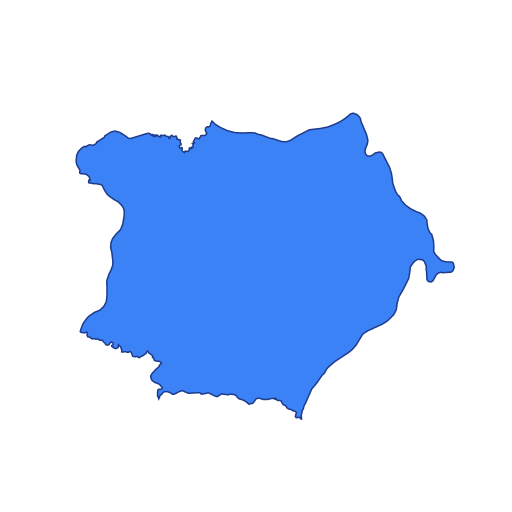 outline of Kossi, Kossi, Burkina Faso, rotated 102°
{"feature_id": "67063806B77397496256894", "entity_name": "Kossi", "entity_type": "district", "adm_level": 2, "iso_a3": "BFA", "parent_name": "Burkina Faso", "parent_adm1": "Kossi", "projection": "albers", "projection_center": [-3.794, 12.935], "detail": "fine", "context": "isolated", "style": "filled", "palette": "blue", "viewbox_px": 512, "rotation_deg": 102, "n_neighbors": 0, "source": "geoboundaries", "source_scale": "gbopen_adm2", "svg_char_len": 6134}
<svg xmlns="http://www.w3.org/2000/svg" viewBox="0 0 512 512"><g transform="rotate(102 256 256)"><path d="M415.9,321.4L414.4,320.9L413.7,321.2L413.1,321.1L410.3,319.1L409.1,318.7L408.1,318.0L407.5,316.4L407.1,314.4L407.5,311.5L408.6,309.2L408.4,307.8L407.7,306.6L404.9,303.3L403.6,301.2L403.0,299.7L403.9,296.1L404.3,293.4L401.4,282.9L402.0,281.3L402.5,280.8L401.9,278.9L399.7,274.2L401.4,267.4L401.7,265.2L400.9,263.7L399.6,262.7L398.1,261.0L397.5,254.0L396.6,253.2L396.1,249.0L396.6,246.4L398.3,244.6L399.3,242.5L399.4,239.8L400.0,237.1L401.4,233.7L401.9,233.2L402.4,232.0L402.1,231.3L401.3,230.2L401.1,229.0L400.3,228.2L395.7,226.2L394.4,223.8L394.8,218.7L393.8,214.6L392.1,211.1L391.7,209.8L392.2,206.8L391.2,207.4L391.3,206.9L392.4,205.7L392.8,204.3L392.4,203.2L392.4,201.6L395.3,199.1L395.8,198.2L396.3,195.8L398.0,194.3L399.0,192.3L398.7,190.6L399.6,188.0L399.8,185.6L400.0,185.0L400.5,184.2L401.1,183.9L404.6,184.2L405.6,183.5L405.7,182.3L404.7,180.3L404.7,180.0L406.2,177.9L406.0,177.5L402.6,178.6L397.2,178.6L395.8,177.9L392.6,177.9L390.2,177.1L374.4,173.8L368.1,170.4L358.6,166.4L357.3,165.2L354.8,164.2L351.6,163.3L349.2,161.8L342.7,156.8L331.1,145.3L327.4,142.4L322.4,139.6L310.1,135.3L305.9,131.1L296.0,117.8L291.8,113.7L284.8,109.1L279.4,107.6L272.5,108.1L266.4,107.8L258.0,105.0L246.2,102.0L239.9,102.2L234.6,102.8L229.8,100.7L227.6,99.3L225.5,96.9L225.1,92.1L226.7,89.9L230.7,87.3L234.1,86.7L234.1,86.4L243.7,83.8L245.1,82.1L245.0,79.3L243.5,77.8L236.9,75.8L234.8,74.2L233.4,71.7L233.6,70.2L231.2,61.7L229.4,60.3L226.1,59.7L221.9,61.5L221.2,63.1L222.3,69.3L221.8,74.0L217.2,80.9L214.7,83.1L209.9,84.0L204.4,85.5L198.6,88.4L197.0,90.7L193.5,93.4L188.1,95.6L185.4,96.3L182.0,99.6L180.0,103.9L179.2,108.8L177.7,114.5L175.2,120.3L171.6,125.3L170.2,126.1L167.7,128.2L167.0,129.9L163.9,132.8L156.4,137.4L151.7,138.9L147.0,140.7L141.5,143.8L129.4,153.6L128.6,155.3L128.7,157.2L130.6,161.0L133.0,162.9L134.4,164.8L135.1,167.8L133.4,170.0L131.5,171.1L128.0,171.2L123.3,170.4L119.6,170.6L114.1,173.2L103.0,181.0L99.8,182.5L98.1,184.3L96.6,186.8L96.1,190.7L97.3,192.9L104.0,198.4L107.4,202.0L110.8,206.4L114.9,212.6L118.1,220.1L121.4,230.0L130.0,240.6L136.2,246.9L138.2,250.7L138.7,255.0L137.7,263.8L138.0,266.8L136.5,275.5L136.6,279.0L135.9,282.8L136.6,287.5L138.4,294.3L139.7,302.0L139.3,310.2L137.6,318.0L135.6,323.3L133.2,327.1L135.8,327.8L137.5,327.8L138.7,328.0L139.6,329.2L139.7,330.4L140.6,331.5L141.1,331.7L142.2,331.9L143.6,331.8L145.8,330.1L146.4,329.5L147.0,330.0L148.1,330.4L149.0,331.7L149.4,334.4L150.0,335.1L151.2,335.2L152.1,335.7L153.0,335.7L153.2,336.0L153.3,336.9L152.9,338.1L153.0,339.6L153.6,340.0L157.5,341.1L157.9,340.9L157.9,339.9L158.2,339.6L158.6,340.0L159.0,340.9L159.4,341.5L159.8,340.6L161.6,340.6L162.8,340.3L163.4,340.7L163.1,341.9L163.4,342.1L164.2,341.8L164.5,341.9L164.2,343.6L164.5,343.7L166.1,343.4L167.5,343.8L167.8,344.0L168.0,346.3L168.4,347.2L168.7,347.4L169.4,347.2L169.7,347.4L169.1,349.2L167.8,350.7L166.8,350.4L166.1,350.4L165.3,351.2L166.3,352.8L166.2,353.1L164.2,354.1L162.8,352.5L162.1,352.4L160.2,354.1L158.7,353.9L158.1,354.5L158.0,355.6L158.4,356.2L158.2,357.6L158.0,357.9L157.0,357.7L155.3,359.1L156.2,361.2L156.3,362.2L155.4,363.4L156.9,364.9L157.8,364.4L158.7,364.7L159.1,365.0L158.8,365.7L157.4,366.7L157.5,368.8L156.7,370.4L157.2,371.2L157.3,372.1L157.8,372.4L157.8,373.5L157.5,374.0L158.9,374.8L159.2,374.3L159.5,374.3L159.6,374.6L159.0,376.7L158.4,377.2L158.3,378.4L158.5,378.6L159.1,378.4L159.8,379.1L159.8,379.6L159.4,379.9L158.8,380.0L158.9,380.4L160.0,380.4L160.5,380.7L160.3,381.1L159.6,381.2L158.7,381.9L158.6,382.4L158.9,382.7L159.3,382.5L159.7,382.7L159.7,383.3L159.3,384.0L158.5,384.6L158.3,385.8L158.4,387.0L159.0,388.4L166.7,402.3L167.3,404.0L167.4,404.9L167.1,406.0L166.4,407.1L164.0,413.0L163.4,415.4L163.1,418.9L163.2,420.0L164.3,422.6L165.6,424.5L170.1,428.9L171.3,428.9L177.7,435.5L178.9,435.6L180.0,436.4L181.6,438.4L181.8,441.7L182.2,442.7L183.3,444.1L184.6,444.9L184.3,446.4L186.6,448.9L190.2,451.2L191.9,451.8L194.7,452.3L200.7,451.7L202.9,450.8L205.1,449.4L208.1,446.5L209.2,445.9L211.3,445.8L211.5,445.6L211.8,445.1L211.9,444.4L211.4,441.1L211.5,438.9L212.7,436.3L213.5,435.5L214.9,434.6L216.4,434.0L216.4,435.2L217.9,435.2L218.8,435.0L219.2,434.7L219.2,433.6L218.9,432.6L219.1,430.6L218.5,427.2L218.4,422.4L218.6,421.6L220.1,420.1L221.1,419.5L223.5,417.5L226.2,414.8L227.6,412.8L230.2,406.9L231.6,402.3L232.9,400.1L235.1,397.0L236.8,395.6L239.0,394.4L241.8,393.7L245.2,393.3L251.0,393.0L252.4,393.0L257.0,393.7L258.4,394.0L263.3,397.2L268.3,399.7L269.3,400.0L273.2,400.6L278.4,399.8L282.7,397.6L284.8,397.0L290.5,395.0L294.5,394.2L299.5,394.8L304.0,396.0L310.7,396.8L313.0,396.5L316.8,395.4L325.0,393.7L328.6,393.2L331.5,393.0L332.5,393.1L336.0,394.0L338.0,395.1L341.6,397.6L344.8,402.4L350.0,407.2L353.2,409.0L358.1,411.1L363.5,412.0L366.5,412.2L366.9,411.6L367.1,410.7L366.8,407.5L366.4,406.7L365.6,406.1L366.5,404.9L367.3,404.7L367.5,404.9L368.4,404.9L370.0,403.8L370.0,401.2L371.0,399.9L371.1,398.3L370.3,397.1L370.7,395.4L370.0,393.5L370.9,391.4L370.4,388.9L372.1,386.7L372.6,385.6L373.8,384.7L374.0,384.3L374.1,383.0L373.6,381.8L373.0,381.3L370.3,380.0L370.6,378.0L372.0,377.3L372.6,377.3L373.6,378.6L374.3,378.4L375.7,375.5L375.7,373.7L374.5,372.1L374.0,371.8L373.1,371.7L372.0,372.3L371.4,372.1L371.5,371.8L372.3,371.2L372.5,370.0L373.9,368.8L374.5,368.7L375.9,367.7L377.7,367.5L377.8,366.7L376.9,364.4L376.7,363.3L377.0,361.3L376.6,360.5L375.7,359.9L375.7,359.1L376.2,358.0L379.6,355.8L379.8,354.8L379.7,353.2L379.1,352.1L379.0,351.4L379.7,349.9L379.7,348.9L378.5,348.0L376.6,345.4L375.3,344.5L374.5,343.6L374.0,343.2L371.9,342.8L371.5,342.4L371.5,342.1L373.3,340.4L374.6,337.2L375.0,336.6L375.6,336.2L376.7,336.2L377.2,335.0L377.6,334.5L378.9,334.0L379.3,333.6L379.5,330.8L379.2,329.7L379.2,328.6L379.4,327.8L380.5,326.1L382.7,327.6L384.8,328.1L387.7,330.4L392.5,333.2L395.0,334.0L396.2,333.9L398.0,332.9L399.5,331.6L400.7,328.9L401.1,325.6L401.8,323.4L403.7,321.1L404.6,320.3L405.5,320.4L406.0,321.0L406.7,323.7L407.3,324.1L410.1,323.9L413.3,323.2L415.4,321.6L415.9,321.4Z" fill="#3b82f6" stroke="#1e3a8a" stroke-width="1.5"/></g></svg>